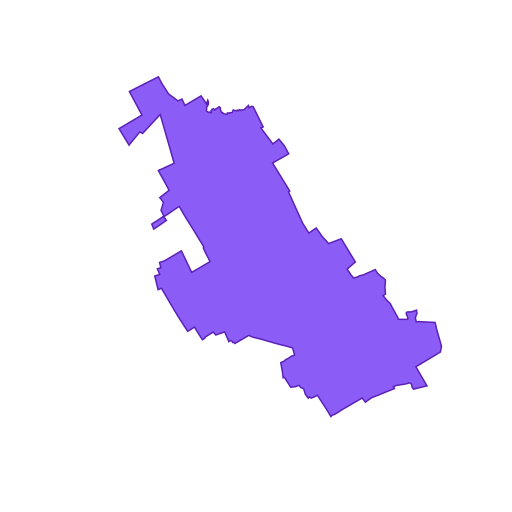 the district of Tzucacab, Quintana Roo, Mexico, rotated 142°
{"feature_id": "50627088B84672530546512", "entity_name": "Tzucacab", "entity_type": "district", "adm_level": 2, "iso_a3": "MEX", "parent_name": "Mexico", "parent_adm1": "Quintana Roo", "projection": "mercator", "projection_center": [-89.047, 19.921], "detail": "fine", "context": "isolated", "style": "filled", "palette": "violet", "viewbox_px": 512, "rotation_deg": 142, "n_neighbors": 0, "source": "geoboundaries", "source_scale": "gbopen_adm2", "svg_char_len": 5966}
<svg xmlns="http://www.w3.org/2000/svg" viewBox="0 0 512 512"><g transform="rotate(142 256 256)"><path d="M318.5,345.3L320.0,340.1L304.7,339.2L304.7,340.9L304.5,341.5L304.5,341.8L305.0,343.7L296.9,343.1L294.7,343.0L292.8,342.9L288.8,342.6L286.0,342.3L286.3,340.0L286.6,337.9L286.8,336.4L287.0,335.1L287.9,328.0L288.9,318.2L289.2,315.2L290.3,305.7L290.6,303.7L290.8,301.2L291.4,296.3L291.4,295.8L291.5,295.2L292.5,294.9L292.9,293.4L293.8,289.6L294.1,287.9L294.8,284.1L295.5,280.6L295.6,280.0L296.0,279.9L302.1,280.7L306.7,281.3L311.7,282.0L316.7,282.7L315.7,287.6L315.1,290.2L314.6,292.5L313.5,297.3L313.3,298.5L312.4,302.3L311.7,306.0L315.2,306.5L320.2,307.1L331.4,308.6L335.9,310.3L338.3,305.3L341.6,306.7L343.2,300.8L348.1,302.6L353.9,289.7L350.4,288.8L351.9,277.3L352.5,273.1L353.6,264.5L354.6,256.3L355.0,252.3L355.1,251.0L356.1,240.0L356.2,238.7L353.8,238.4L350.9,238.1L348.3,237.9L349.5,226.5L349.8,223.0L346.9,222.7L346.1,223.4L336.5,222.4L336.3,218.5L327.4,215.5L330.1,205.3L329.6,205.4L328.9,205.1L328.4,205.1L327.4,204.2L327.6,202.2L326.8,201.9L326.6,200.1L319.0,199.0L315.2,198.5L310.8,197.9L309.9,197.1L309.8,196.4L309.0,194.9L307.6,192.9L302.7,186.7L299.9,182.7L294.6,175.4L290.8,170.4L288.0,166.9L283.8,161.1L285.9,155.7L286.5,154.2L289.9,155.3L293.3,155.4L295.0,155.8L296.4,156.1L298.1,155.8L299.0,156.0L299.3,155.9L299.6,156.0L300.7,156.4L302.2,156.7L304.2,152.8L306.1,149.2L307.6,146.5L309.6,143.3L308.3,142.9L308.8,138.1L309.0,135.4L309.4,132.1L309.5,131.3L305.5,128.8L303.8,128.2L301.8,127.7L301.7,124.8L300.6,122.9L300.3,121.7L300.4,121.3L301.0,119.9L301.8,117.8L302.2,116.8L302.4,111.8L300.7,112.0L300.7,111.6L299.9,110.1L296.6,109.0L293.3,108.4L293.4,107.2L293.6,105.3L293.7,104.9L293.7,104.6L294.2,99.0L294.3,97.1L294.5,95.2L294.7,93.3L294.7,92.8L294.8,92.1L294.8,91.8L294.8,91.4L294.9,91.2L295.0,90.6L295.0,90.2L295.0,89.9L295.1,89.5L295.2,88.2L295.7,84.5L295.7,84.3L295.8,83.3L295.4,83.4L295.1,83.5L294.6,83.7L293.9,83.6L293.5,83.5L293.1,83.4L292.9,83.3L292.6,83.1L292.3,83.1L291.6,82.8L289.9,82.6L289.2,82.5L288.7,82.5L288.2,82.4L286.5,82.2L285.8,82.1L285.0,82.0L284.1,82.1L283.5,82.0L259.7,78.7L259.8,77.7L259.8,73.4L258.5,73.4L257.7,73.4L252.9,73.2L252.5,73.2L249.6,72.4L247.2,71.7L246.4,71.4L245.1,71.0L244.5,70.8L242.1,70.2L241.2,69.9L240.7,69.8L237.2,68.8L236.3,68.6L233.5,67.7L232.7,67.5L231.4,67.1L230.9,67.0L228.5,66.3L228.2,68.2L228.1,68.5L226.3,67.9L225.2,67.6L222.4,66.1L221.4,65.5L220.1,64.8L218.9,64.1L218.5,63.9L216.9,63.1L215.8,62.5L215.2,62.4L214.1,62.0L213.5,61.6L213.0,61.2L212.8,61.0L212.5,60.4L212.5,59.9L212.5,59.4L212.6,59.1L212.6,58.6L212.7,58.4L212.9,58.1L213.1,57.8L213.5,57.1L213.7,56.6L213.8,56.1L213.8,55.1L213.9,54.1L211.6,53.1L210.5,52.6L201.2,48.4L200.7,52.5L198.2,70.3L169.8,66.8L165.4,70.7L158.5,87.6L157.1,90.5L155.8,93.4L168.6,104.5L170.3,105.5L170.1,106.0L169.6,106.8L168.8,108.6L168.6,109.0L168.2,109.3L167.6,109.7L167.5,109.8L167.2,110.0L166.9,110.2L166.6,110.4L166.2,110.8L165.8,111.0L165.7,111.1L165.1,111.2L164.6,111.5L164.3,111.9L164.1,112.2L163.9,112.6L163.8,112.8L163.6,113.5L163.3,113.8L163.0,114.2L162.8,114.5L166.5,115.8L167.4,116.1L168.1,116.5L169.1,117.0L169.3,117.3L169.7,117.7L169.8,117.8L171.7,118.9L172.1,118.9L172.3,118.9L173.1,118.0L173.3,117.6L173.5,117.2L173.8,115.5L174.0,115.2L174.0,114.9L174.3,114.2L174.8,113.3L174.9,112.9L175.4,112.9L175.8,113.0L176.2,113.2L182.8,118.5L182.1,120.2L180.2,132.4L179.5,135.6L180.1,140.5L180.3,146.6L177.4,146.3L173.7,151.9L172.4,153.5L171.8,154.0L169.2,156.9L168.8,157.6L169.1,159.9L170.2,163.5L170.9,167.8L170.4,171.9L176.2,173.3L179.1,174.1L182.9,175.0L186.8,176.7L188.7,177.0L189.7,177.4L191.4,178.0L192.5,178.1L192.6,178.9L192.6,180.1L192.7,181.4L192.8,181.9L192.8,182.5L192.4,186.5L192.4,187.3L192.3,188.1L192.3,188.7L192.2,189.4L192.2,189.6L181.4,190.1L178.2,217.1L178.6,217.2L179.7,217.6L180.7,217.8L181.1,218.0L181.5,218.1L181.9,218.2L182.0,218.3L183.8,218.8L185.0,219.2L186.0,219.5L186.6,219.7L187.3,219.9L187.7,220.0L188.8,220.4L189.1,220.5L189.5,220.5L190.1,220.8L190.9,221.0L191.2,221.1L191.2,222.4L191.3,222.9L191.3,223.7L191.3,224.5L191.4,225.4L191.5,226.8L191.6,227.3L191.6,227.6L191.7,228.7L191.7,229.5L191.8,230.4L191.7,231.5L191.7,232.0L191.7,232.7L191.5,236.7L191.5,237.7L191.4,239.2L191.4,239.7L191.3,241.0L192.7,241.1L194.0,241.2L197.8,241.4L199.2,241.5L200.2,241.5L200.1,242.0L200.1,242.6L200.0,243.9L200.0,244.3L199.9,244.7L199.6,247.5L199.5,248.5L199.5,248.9L199.1,252.8L190.9,286.6L189.4,286.4L185.7,319.1L167.3,316.4L165.8,325.6L166.0,334.0L173.7,333.9L173.3,354.0L170.9,353.3L169.3,360.9L166.3,375.4L167.2,376.6L170.2,377.2L169.3,379.3L175.2,378.7L176.2,378.8L176.7,379.5L178.0,380.2L178.5,380.3L178.4,380.7L179.0,381.6L180.6,381.3L180.9,382.4L181.6,382.3L183.2,383.7L184.0,385.1L186.6,383.7L187.4,384.3L190.6,386.3L191.3,385.4L192.3,386.0L192.5,386.5L194.0,388.1L194.0,389.6L194.6,389.8L194.7,391.3L194.3,391.9L193.8,393.5L192.9,394.6L192.8,395.8L193.9,396.5L194.4,396.2L197.4,396.7L198.8,396.5L198.8,398.2L199.9,398.7L200.7,398.3L201.8,398.4L202.6,396.7L203.6,396.7L203.9,398.0L204.8,398.4L205.4,399.5L205.7,401.0L204.9,401.7L203.1,403.8L201.9,403.9L201.4,404.7L200.3,404.7L198.9,406.3L198.2,408.0L198.1,408.5L201.5,406.2L201.2,408.7L200.7,416.0L219.3,418.4L217.7,425.3L222.0,426.2L225.1,437.6L224.0,449.8L222.6,457.3L254.5,463.6L259.1,437.3L285.5,440.7L286.2,435.0L287.8,421.5L286.2,422.0L285.5,422.1L271.2,425.3L269.9,422.4L244.4,426.5L245.9,422.7L257.3,394.5L263.4,379.5L268.7,380.7L270.7,381.2L272.0,381.5L275.6,382.3L277.8,382.9L278.2,382.9L278.8,383.2L279.1,383.3L279.7,383.4L280.3,383.5L280.5,382.1L280.7,381.0L281.0,379.5L281.9,373.9L282.7,368.9L283.1,366.6L283.3,365.4L283.5,364.1L283.7,363.4L283.8,362.2L284.0,361.3L285.9,361.3L286.2,361.3L286.8,361.3L287.9,361.3L288.6,361.3L289.7,361.3L290.8,361.3L291.9,361.3L296.0,361.2L295.8,359.8L295.8,358.8L295.9,357.5L296.0,355.2L298.2,353.6L302.7,350.5L304.0,344.2L311.9,344.7L316.4,345.2L318.5,345.3Z" fill="#8b5cf6" stroke="#5b21b6" stroke-width="1.5"/></g></svg>